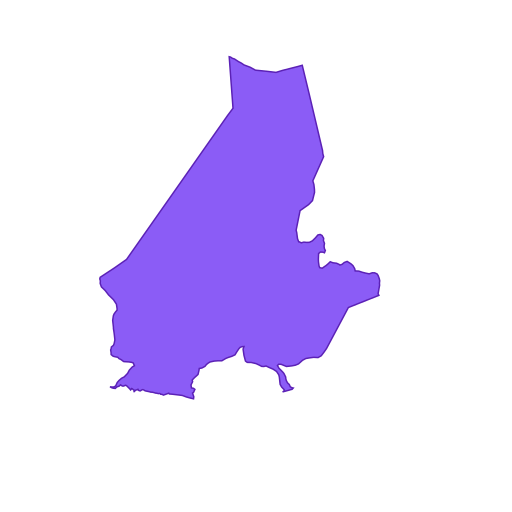 outline of San Juan Juquila Vijanos, Oaxaca, Mexico, rotated 121°
{"feature_id": "50627088B54668599036443", "entity_name": "San Juan Juquila Vijanos", "entity_type": "district", "adm_level": 2, "iso_a3": "MEX", "parent_name": "Mexico", "parent_adm1": "Oaxaca", "projection": "orthographic", "projection_center": [-96.282, 17.33], "detail": "fine", "context": "isolated", "style": "filled", "palette": "violet", "viewbox_px": 512, "rotation_deg": 121, "n_neighbors": 0, "source": "geoboundaries", "source_scale": "gbopen_adm2", "svg_char_len": 3636}
<svg xmlns="http://www.w3.org/2000/svg" viewBox="0 0 512 512"><g transform="rotate(121 256 256)"><path d="M226.4,130.4L225.5,131.9L217.4,135.0L215.7,136.2L213.5,137.2L211.9,138.7L209.8,141.3L209.0,143.0L209.3,145.6L210.5,147.7L213.0,149.8L214.2,153.2L215.2,156.5L216.0,160.1L217.7,163.3L216.0,164.9L214.3,168.0L213.8,170.6L213.7,175.1L216.1,177.0L218.8,177.9L220.5,179.4L220.4,180.7L220.7,183.2L222.2,186.6L222.7,189.4L225.6,190.2L228.3,191.1L229.9,191.9L232.3,192.9L233.2,195.4L232.0,196.9L228.9,199.4L226.8,200.8L221.7,203.6L219.5,202.9L218.2,200.5L218.0,199.0L217.1,199.1L215.4,199.5L215.3,199.8L215.2,200.1L214.2,201.4L212.4,202.8L209.9,203.8L208.1,206.1L206.0,207.1L204.4,210.0L204.5,212.1L206.1,213.8L209.8,214.4L214.0,215.5L216.8,217.3L218.2,219.5L219.5,222.2L221.4,224.0L221.6,226.7L221.8,226.7L221.8,226.8L219.7,229.4L214.9,233.2L213.2,234.9L194.4,241.6L190.1,239.7L184.9,237.4L179.8,236.2L179.5,236.1L171.3,238.6L168.8,240.2L164.9,243.2L162.3,246.0L136.0,249.2L133.9,251.4L131.3,253.3L89.7,293.9L68.7,314.6L71.9,317.6L83.4,329.0L88.3,333.4L92.0,341.6L97.0,352.2L97.2,358.2L98.4,364.7L98.2,367.9L98.4,371.2L98.2,375.9L98.7,378.0L98.6,380.3L99.0,381.6L141.2,351.8L149.9,352.7L251.5,359.9L325.6,365.2L339.1,371.2L354.5,378.6L356.1,378.1L357.5,376.6L359.8,375.4L362.1,372.6L363.3,367.4L365.3,362.3L366.9,355.6L369.2,350.8L372.5,348.1L374.0,347.2L376.2,347.6L378.9,347.8L380.7,347.5L385.0,345.7L390.4,341.6L391.8,340.7L393.8,339.0L395.8,337.4L399.6,334.5L400.7,333.7L404.1,332.5L406.0,332.2L408.5,333.1L409.8,332.5L411.4,332.2L413.4,330.5L415.1,329.4L415.5,326.8L415.0,325.1L414.0,322.3L414.5,320.6L414.3,318.2L414.6,315.7L414.6,314.9L412.3,310.5L411.2,307.8L410.9,306.1L412.7,303.7L414.8,304.9L419.1,305.8L422.7,305.6L427.5,306.7L430.1,308.3L433.2,309.3L435.9,309.8L439.3,309.4L440.8,309.9L441.8,310.8L442.5,312.0L443.3,313.8L443.2,311.8L443.0,310.8L442.7,309.9L442.0,308.4L440.0,307.9L437.9,306.2L436.2,305.8L436.3,304.4L436.3,303.5L435.7,302.5L434.1,301.4L433.8,300.3L434.9,295.8L435.4,294.5L434.5,294.3L433.7,294.4L433.5,293.7L433.8,292.4L433.7,291.6L435.0,290.7L434.8,290.4L433.4,290.3L432.4,289.6L432.0,289.0L431.2,288.7L431.0,288.4L431.6,287.7L431.6,286.7L431.2,285.7L429.6,284.9L429.3,284.7L428.8,284.2L428.7,283.6L428.6,283.3L428.7,281.9L428.5,281.0L427.9,279.4L427.7,278.7L427.5,278.3L426.8,275.8L426.2,274.9L425.6,273.0L425.3,271.6L424.8,270.6L424.2,268.7L423.5,267.9L423.4,266.9L423.6,266.5L423.0,265.3L422.9,263.7L418.5,260.1L418.9,259.2L417.6,256.6L415.4,251.7L413.5,247.4L412.7,243.1L411.7,239.5L410.6,236.0L408.7,236.8L406.2,239.8L405.0,239.3L401.8,239.7L401.6,241.4L402.3,243.4L400.0,245.3L396.4,245.6L395.2,246.8L392.0,246.1L389.5,245.3L387.4,244.7L383.6,245.9L381.6,246.7L379.9,244.7L376.9,242.9L374.6,242.6L372.4,241.8L370.5,240.8L367.6,237.7L365.6,234.9L363.4,231.3L359.3,229.1L357.2,227.5L354.5,225.1L351.5,223.1L348.0,223.1L344.1,222.9L342.4,222.5L340.9,221.3L339.8,219.7L341.2,219.4L342.5,219.1L347.4,215.1L351.5,210.9L351.7,208.7L349.7,205.2L348.2,200.5L347.8,196.7L347.7,194.3L346.7,192.4L345.1,190.7L344.8,187.5L344.2,182.9L344.4,178.9L346.1,175.3L347.7,173.7L353.6,169.2L355.1,166.6L356.1,163.0L357.2,162.4L358.8,163.2L353.9,158.5L353.1,157.8L352.2,156.9L351.7,156.4L350.0,156.1L350.3,157.0L350.5,159.2L349.0,161.3L348.5,163.6L347.2,165.8L346.0,167.1L344.4,168.3L342.3,171.6L341.7,173.3L340.8,176.7L340.4,178.5L339.8,179.5L338.9,181.2L337.1,180.8L335.9,178.7L335.5,176.1L335.0,173.0L331.8,168.8L329.3,166.0L326.6,164.0L321.4,162.4L318.2,160.5L315.7,157.6L313.1,154.3L311.1,150.5L307.9,148.7L303.5,148.2L299.0,147.9L252.6,150.3L226.4,130.4Z" fill="#8b5cf6" stroke="#5b21b6" stroke-width="1.5"/></g></svg>